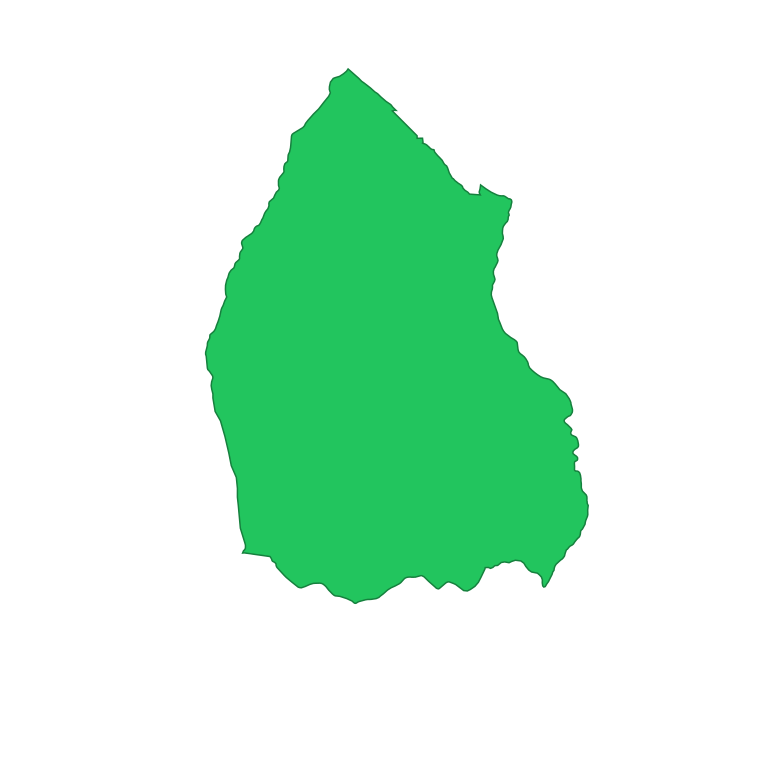 El Dorado, Meta, Colombia, rotated 227°
{"feature_id": "7082276B12851519392176", "entity_name": "El Dorado", "entity_type": "district", "adm_level": 2, "iso_a3": "COL", "parent_name": "Colombia", "parent_adm1": "Meta", "projection": "orthographic", "projection_center": [-73.836, 3.709], "detail": "fine", "context": "isolated", "style": "filled", "palette": "green", "viewbox_px": 768, "rotation_deg": 227, "n_neighbors": 0, "source": "geoboundaries", "source_scale": "gbopen_adm2", "svg_char_len": 6171}
<svg xmlns="http://www.w3.org/2000/svg" viewBox="0 0 768 768"><g transform="rotate(227 384 384)"><path d="M178.6,301.4L175.8,303.8L174.8,307.1L174.0,312.5L174.6,317.8L176.5,323.1L179.8,331.5L180.7,332.8L178.7,335.2L176.5,336.2L175.6,338.6L175.6,341.1L173.8,343.4L173.5,348.0L171.6,350.9L168.0,353.6L167.1,356.5L165.5,359.9L161.3,363.4L157.6,364.1L153.8,363.3L149.3,363.0L145.9,363.7L141.0,367.2L138.3,367.5L135.6,367.5L132.8,366.3L130.6,364.1L128.1,362.4L126.5,362.4L125.9,363.8L126.8,366.8L127.3,369.5L128.5,372.6L130.1,377.0L131.4,379.2L131.8,381.2L133.1,382.8L134.1,384.5L134.8,386.9L134.8,393.1L134.5,394.6L134.6,396.6L135.1,398.7L136.5,400.8L138.3,404.2L138.1,405.5L138.5,408.0L138.5,409.7L137.9,411.8L137.8,413.4L138.4,415.7L138.8,418.4L139.0,420.5L138.9,421.8L139.1,423.0L139.5,423.9L140.3,425.2L142.3,427.5L142.6,428.6L142.6,430.2L144.3,435.3L145.7,437.1L146.6,438.5L148.5,442.6L149.5,444.0L152.9,447.0L155.9,450.5L158.1,451.2L159.4,452.3L160.3,452.8L161.9,454.4L163.2,455.5L164.9,456.2L170.2,456.1L170.8,456.3L172.7,457.1L173.6,457.6L176.5,460.3L179.0,462.1L180.2,463.3L183.2,465.4L184.9,466.2L185.6,466.5L187.3,466.5L188.4,466.0L189.8,464.7L190.3,464.6L191.2,464.7L193.8,467.2L196.0,469.0L197.0,470.2L197.1,471.0L196.7,472.0L196.5,473.5L196.8,474.1L197.9,475.2L199.1,475.5L200.5,475.4L201.6,475.1L203.9,474.8L204.4,474.9L205.4,475.8L205.9,476.7L206.0,478.0L206.0,479.5L205.5,481.7L205.6,482.9L205.8,483.6L206.5,484.4L207.3,485.1L210.3,487.0L212.4,487.9L213.6,488.2L214.7,488.1L217.7,486.8L218.6,486.5L219.6,486.5L220.7,487.0L221.1,487.5L221.5,488.0L222.2,489.8L222.6,490.3L224.5,490.6L226.1,490.5L229.0,490.4L231.5,490.0L232.3,490.0L233.2,490.1L234.1,490.6L234.5,490.9L234.8,491.5L235.0,492.6L234.8,495.9L234.5,497.2L234.0,498.3L233.9,499.0L234.2,500.3L234.8,502.2L235.5,503.2L236.5,504.2L237.6,504.9L241.8,507.1L243.0,508.0L244.4,508.6L246.9,509.4L252.8,510.3L260.0,508.7L267.1,509.2L270.5,509.2L272.0,509.0L273.6,508.6L275.1,507.9L279.8,504.7L282.5,503.5L286.0,502.6L289.4,502.0L292.9,501.6L296.5,501.5L299.2,502.4L300.5,503.3L302.2,504.1L305.8,504.9L308.2,505.1L310.9,504.8L313.4,504.3L315.8,504.5L317.9,505.6L323.2,509.5L323.9,509.8L325.1,509.9L327.4,509.6L331.6,508.4L338.2,507.3L341.0,507.5L343.6,508.1L350.1,510.7L353.2,511.8L358.3,515.2L373.5,521.8L376.0,523.2L378.1,525.4L379.5,527.9L380.9,529.5L382.0,530.4L382.5,531.1L383.8,534.9L384.9,536.6L387.2,537.8L389.6,538.9L391.8,540.8L393.3,543.3L393.7,545.0L394.7,547.6L395.6,550.0L396.6,551.6L398.4,552.7L400.8,553.8L402.4,555.4L404.2,558.7L406.1,564.6L408.9,570.3L410.9,571.9L413.3,573.2L415.3,575.2L417.2,577.4L418.1,579.5L418.7,582.7L418.8,585.1L419.8,587.1L421.0,588.3L421.8,589.5L422.0,590.5L423.0,591.3L424.2,591.6L424.8,592.3L425.6,593.8L426.2,595.8L426.9,597.4L428.7,599.7L429.6,601.2L430.5,602.1L431.8,602.7L433.1,602.5L433.8,602.1L434.5,601.4L438.4,600.5L439.3,600.2L440.4,599.5L440.9,598.8L441.9,597.8L443.2,596.7L445.1,595.6L448.6,594.2L451.2,593.2L457.0,591.7L463.7,590.4L461.1,587.2L459.6,584.7L458.7,584.0L456.6,583.4L464.6,576.0L465.5,576.1L467.1,576.1L470.5,575.3L472.6,575.3L473.6,575.4L475.1,576.1L476.7,576.1L480.8,575.1L481.8,575.0L484.2,574.6L486.8,574.7L487.9,574.3L493.9,575.7L498.7,577.9L500.8,578.5L502.9,578.1L504.4,578.2L507.9,579.1L511.6,579.1L514.4,579.0L518.9,579.2L521.3,580.3L523.1,578.9L524.8,578.6L529.5,578.3L531.0,577.9L533.9,576.5L534.2,577.4L537.5,579.8L541.1,575.8L543.0,577.5L578.0,576.3L577.7,577.2L577.1,578.2L575.9,579.4L580.5,579.2L583.2,579.5L584.2,579.4L589.4,578.2L596.1,577.5L600.7,577.3L603.9,576.5L609.7,576.0L617.8,574.7L620.5,574.1L624.8,574.0L638.9,572.6L638.3,569.9L638.5,565.9L639.3,561.3L641.3,557.3L642.1,555.3L641.3,550.7L638.7,546.9L636.7,544.9L633.5,543.3L632.1,539.7L631.1,532.4L629.7,523.8L629.5,516.4L628.7,508.2L628.1,504.5L627.0,501.6L626.9,499.4L629.0,489.3L629.2,487.4L628.9,486.3L628.2,485.2L622.5,479.0L620.5,476.7L618.1,473.2L617.1,470.6L616.3,469.5L612.9,465.9L612.5,464.8L612.7,463.3L612.6,461.5L611.2,459.1L609.5,457.3L607.6,455.8L607.1,454.7L606.3,448.7L605.3,446.3L604.5,445.3L601.2,442.3L598.6,441.0L597.7,439.3L597.7,436.1L596.6,432.9L595.3,430.1L595.5,424.5L594.7,423.1L592.8,421.4L591.4,418.8L590.9,415.3L590.2,413.0L588.0,408.6L587.5,406.8L586.1,403.6L585.5,401.4L585.6,400.2L586.2,398.9L586.4,397.9L586.4,396.6L586.1,395.3L584.7,392.9L584.3,390.0L585.5,382.8L585.6,378.8L585.4,377.7L584.5,376.3L583.7,375.6L580.2,373.9L579.6,373.4L579.2,372.6L578.4,368.9L577.9,367.8L575.9,365.4L574.4,364.1L573.9,363.2L573.8,362.3L573.9,358.5L573.6,357.2L571.7,354.3L571.3,353.3L571.5,349.8L570.9,347.0L570.3,345.6L568.3,342.4L567.2,339.8L564.3,335.5L561.4,332.6L557.7,329.6L554.9,328.3L553.3,324.0L551.2,320.0L550.2,317.2L549.4,315.6L545.6,310.2L542.9,305.4L540.9,301.2L539.5,298.8L538.9,297.1L538.5,295.3L538.7,290.5L538.2,289.7L536.6,288.0L536.1,287.1L534.9,283.6L534.1,282.5L532.7,281.1L531.5,279.4L528.9,275.3L527.5,273.9L525.5,272.9L516.0,265.6L514.7,265.0L512.2,265.0L507.0,264.2L505.7,263.5L504.9,262.6L503.2,259.5L500.7,256.5L497.4,254.3L493.4,252.1L490.4,249.3L479.1,241.8L468.6,239.3L454.1,231.9L439.3,223.4L428.4,216.6L416.4,212.3L407.6,205.6L401.2,199.6L394.9,194.9L376.5,180.6L362.9,174.0L361.0,173.0L360.2,172.4L358.4,170.6L357.9,169.3L357.8,167.4L356.8,165.3L355.7,166.7L335.5,183.0L333.0,182.5L331.2,181.7L330.5,181.6L329.2,182.0L328.1,182.4L326.6,182.4L326.0,182.3L325.3,181.6L323.7,180.8L322.5,180.6L312.2,180.5L309.2,180.6L301.9,181.5L293.9,182.7L292.4,183.6L291.3,184.6L289.6,188.4L288.0,193.1L286.4,196.3L285.0,198.0L282.2,201.2L280.8,202.3L279.7,202.8L277.8,203.2L275.5,203.4L271.1,203.0L265.8,203.1L263.9,203.3L262.4,203.8L258.8,206.9L252.5,210.4L247.1,212.6L244.0,212.9L243.1,213.5L242.7,214.2L242.3,216.3L241.8,217.6L238.8,223.3L237.5,225.2L235.5,227.4L232.4,231.9L231.4,234.7L231.4,236.6L231.0,240.4L230.9,246.1L230.1,250.3L228.7,254.4L227.4,259.3L227.3,261.1L227.7,265.5L227.7,266.7L227.2,268.4L226.4,269.8L225.0,271.5L223.9,272.4L221.4,275.2L218.8,280.1L218.0,281.0L215.6,281.8L209.2,282.1L200.8,282.9L199.1,283.0L198.1,283.4L197.1,284.0L196.7,285.0L196.4,292.4L196.3,293.9L196.0,295.0L195.6,295.9L194.7,296.8L190.9,298.7L188.5,299.7L178.6,301.4Z" fill="#22c55e" stroke="#15803d" stroke-width="1.5"/></g></svg>